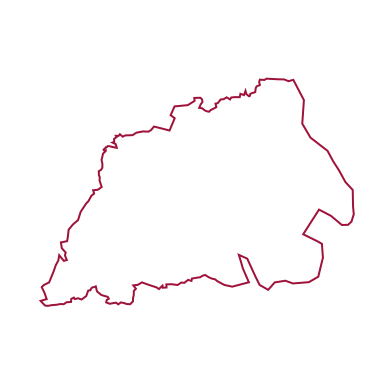 outline of Vavatsinia, Larnaca, Cyprus, rotated 85°
{"feature_id": "46923920B57203172631689", "entity_name": "Vavatsinia", "entity_type": "district", "adm_level": 2, "iso_a3": "CYP", "parent_name": "Cyprus", "parent_adm1": "Larnaca", "projection": "equal_earth", "projection_center": [33.234, 34.887], "detail": "fine", "context": "isolated", "style": "outline", "palette": "rose", "viewbox_px": 384, "rotation_deg": 85, "n_neighbors": 0, "source": "geoboundaries", "source_scale": "gbopen_adm2", "svg_char_len": 2950}
<svg xmlns="http://www.w3.org/2000/svg" viewBox="0 0 384 384"><g transform="rotate(85 192 192)"><path d="M89.1,81.3L90.0,86.2L87.9,90.3L87.1,97.3L85.6,107.9L86.7,110.1L86.0,114.6L88.2,115.5L91.4,115.1L92.4,118.4L94.2,119.5L98.0,120.3L99.2,125.3L101.3,126.0L101.6,126.9L99.2,129.3L95.9,129.9L100.0,131.8L98.4,135.2L101.7,136.2L101.5,138.2L101.2,141.7L101.3,144.7L103.1,146.0L100.7,149.3L102.3,152.3L102.3,155.4L103.5,156.5L105.8,158.7L106.0,160.9L109.6,160.4L110.7,163.0L112.2,166.6L113.5,167.9L113.0,169.9L112.0,171.9L109.4,174.7L108.8,177.5L105.3,175.6L103.2,173.7L100.7,173.9L98.9,175.4L98.7,177.9L98.5,181.5L101.5,181.5L105.1,188.6L105.2,201.9L113.6,206.6L117.0,202.8L128.8,209.0L126.4,215.7L123.5,224.2L126.7,227.3L128.1,230.2L128.0,230.9L127.4,235.4L128.0,242.0L129.1,244.3L130.2,246.1L129.8,253.4L130.8,256.3L130.0,257.0L128.2,258.8L129.7,260.2L129.4,262.9L130.7,262.3L132.3,265.0L135.3,265.1L135.8,266.9L137.7,263.8L141.4,263.1L140.0,268.0L139.4,269.4L138.9,271.9L140.2,273.4L140.0,274.0L140.9,274.8L142.1,276.4L142.7,276.1L143.3,275.3L143.1,274.3L143.7,274.4L144.9,276.0L146.2,277.4L147.3,277.7L149.9,278.5L152.1,279.3L156.2,278.8L160.0,279.2L162.0,280.7L163.2,283.1L167.1,283.2L169.5,282.6L172.2,283.1L176.0,282.3L179.1,281.5L180.5,283.8L181.6,285.9L181.6,290.3L185.1,289.7L186.9,292.5L192.1,296.0L194.3,298.5L202.0,304.6L210.1,308.0L214.0,313.5L218.7,318.1L218.8,318.2L225.9,319.6L230.1,320.7L230.8,327.0L236.6,326.6L241.4,323.1L244.0,324.1L248.9,322.7L249.4,325.7L243.4,329.8L248.5,331.1L253.1,334.1L258.9,336.7L269.6,342.2L271.8,347.8L273.7,350.0L279.7,347.7L286.0,346.1L287.3,352.3L287.6,352.1L292.3,348.3L292.9,345.6L292.5,342.0L292.5,336.8L292.5,336.3L292.1,333.1L292.6,329.6L290.9,326.6L291.0,322.1L288.0,321.6L286.9,318.9L288.4,318.1L288.0,314.5L289.5,311.4L288.3,309.4L286.4,306.4L281.2,304.0L281.0,301.8L279.3,300.8L278.3,299.5L278.2,297.5L277.6,296.1L279.2,295.8L281.3,295.6L283.0,295.1L284.6,293.4L286.6,291.4L287.6,289.1L289.1,285.1L291.1,284.2L292.2,286.4L294.5,287.1L296.2,283.6L295.7,278.9L295.7,277.2L297.5,275.3L295.8,272.5L296.8,269.2L297.9,266.8L298.4,263.4L295.9,260.4L292.6,260.0L289.6,259.0L285.5,258.6L283.5,256.3L279.9,258.6L279.8,254.2L277.7,249.7L281.0,242.6L283.9,235.7L285.8,233.4L282.7,229.6L284.8,229.5L284.9,225.7L281.8,225.6L282.1,220.3L283.4,214.5L281.3,210.5L281.8,207.5L279.2,203.5L280.5,200.3L278.2,199.6L278.2,199.4L278.0,197.0L277.8,194.3L277.6,191.3L276.3,188.7L275.8,186.1L278.4,182.7L280.0,179.8L281.0,176.6L282.8,174.8L283.8,173.4L287.4,167.9L289.8,160.2L287.2,145.0L286.9,143.2L272.6,148.0L266.3,149.2L258.7,150.8L263.2,142.8L282.2,136.0L290.5,132.7L296.1,124.6L289.3,117.5L288.5,106.8L291.9,99.4L292.0,83.4L287.4,73.6L268.8,67.3L255.0,67.1L252.3,70.9L243.8,84.9L220.6,67.0L227.9,55.6L237.9,45.6L238.3,39.4L235.4,35.7L228.3,32.8L220.2,32.8L204.0,31.7L195.4,38.3L182.8,43.9L173.9,48.6L162.8,53.4L148.2,69.2L133.5,76.2L110.2,72.5L89.1,81.3Z" fill="none" stroke="#9f1239" stroke-width="2"/></g></svg>